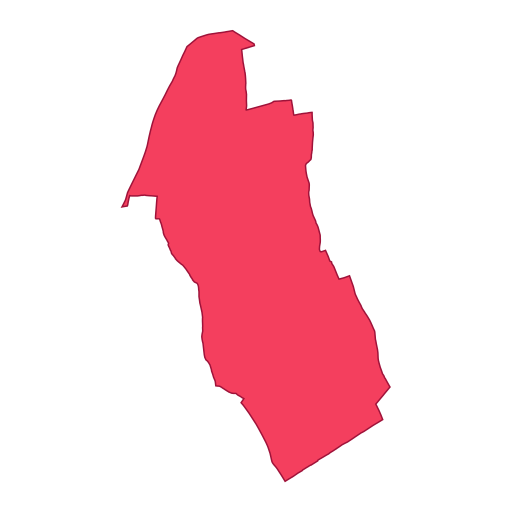 Bueng Kum, Bangkok Metropolis, Thailand (Robinson projection)
{"feature_id": "78962969B8359958585386", "entity_name": "Bueng Kum", "entity_type": "district", "adm_level": 2, "iso_a3": "THA", "parent_name": "Thailand", "parent_adm1": "Bangkok Metropolis", "projection": "robinson", "projection_center": [100.65, 13.809], "detail": "fine", "context": "isolated", "style": "filled", "palette": "rose", "viewbox_px": 512, "rotation_deg": 0, "n_neighbors": 0, "source": "geoboundaries", "source_scale": "gbopen_adm2", "svg_char_len": 6003}
<svg xmlns="http://www.w3.org/2000/svg" viewBox="0 0 512 512"><path d="M328.6,453.9L330.2,452.6L333.0,450.9L337.5,447.9L339.9,446.3L342.0,444.8L344.8,443.3L347.5,442.0L347.8,441.8L360.9,433.0L363.6,431.6L364.1,431.3L364.4,431.1L373.2,425.3L382.7,419.6L381.0,415.2L379.0,410.6L376.2,404.9L375.8,404.1L380.8,398.1L383.5,394.9L384.1,394.1L390.0,387.0L389.2,385.7L386.8,381.4L385.4,378.8L384.6,377.7L384.0,376.1L383.5,375.2L382.5,373.8L381.7,371.3L380.2,367.2L379.0,362.9L378.4,360.4L378.1,358.3L377.9,352.9L377.5,349.7L376.3,343.8L375.8,341.0L375.4,339.3L374.8,332.1L374.5,330.8L373.9,329.6L373.4,328.5L372.9,327.4L372.2,325.7L371.1,323.3L371.0,323.0L369.6,320.1L367.2,316.1L364.7,312.4L364.5,311.9L364.3,311.7L363.4,310.3L362.3,308.7L361.3,306.5L361.0,305.6L358.9,301.8L357.6,299.3L356.2,296.2L355.7,295.2L355.1,293.7L353.3,286.5L349.5,275.8L344.0,277.8L339.0,279.1L337.2,275.0L334.1,267.3L333.9,266.9L333.7,266.4L331.8,263.5L331.5,261.9L329.8,261.0L328.2,256.5L325.5,250.4L325.3,250.5L324.3,250.8L322.6,251.4L321.5,251.7L321.1,251.8L320.4,251.6L320.2,251.5L319.8,250.6L319.5,249.8L319.4,249.1L319.5,247.5L319.6,246.1L320.2,242.6L320.3,241.2L320.3,240.6L320.3,239.5L320.2,237.4L320.2,236.8L320.2,236.0L320.1,234.9L319.7,233.4L319.0,230.7L318.2,227.7L317.8,226.5L317.3,225.4L316.8,224.3L316.5,223.9L316.0,223.0L315.7,221.4L315.5,220.7L313.1,215.5L312.8,214.5L312.6,213.9L312.3,212.7L311.9,210.9L311.2,208.3L310.5,206.6L309.7,202.4L309.5,199.1L309.1,196.9L308.8,195.2L308.7,192.9L308.7,192.0L309.1,190.2L309.3,184.9L309.1,183.1L307.8,179.3L307.0,176.9L306.9,176.3L306.4,173.8L306.0,171.4L305.8,169.6L305.5,165.5L305.7,164.9L305.9,164.3L306.3,163.7L307.3,162.7L308.1,162.2L309.2,161.1L309.8,160.4L310.5,159.9L310.9,159.4L311.1,158.5L311.3,157.6L311.4,154.6L311.7,153.1L312.0,150.5L312.2,150.1L312.2,148.2L312.5,142.4L312.9,138.1L313.3,134.8L313.2,132.3L312.9,130.5L312.9,129.8L313.1,127.7L313.0,123.8L313.0,123.0L312.4,120.3L312.1,114.6L312.1,112.4L311.4,112.4L309.1,112.7L307.1,113.1L304.0,113.4L301.8,113.7L300.5,114.0L299.4,114.1L296.6,114.7L295.1,115.0L294.0,115.2L293.6,114.2L293.3,111.9L293.1,110.4L292.9,109.7L292.8,108.6L292.3,105.4L292.0,103.8L291.6,101.3L291.5,100.4L291.3,100.1L290.9,100.0L289.3,100.3L286.6,100.5L285.4,100.7L284.6,100.7L284.3,100.6L284.0,100.6L283.5,100.7L280.1,101.0L274.1,101.3L273.8,101.4L272.0,102.6L271.7,102.8L269.9,103.5L269.2,103.8L267.5,104.3L251.9,108.6L247.7,109.7L246.4,110.0L246.2,110.0L246.1,109.9L246.5,106.9L246.6,105.5L246.4,100.8L246.5,94.3L246.4,93.7L246.1,91.3L245.7,89.5L245.6,88.2L245.6,86.7L245.7,84.9L245.7,84.1L245.8,83.7L245.8,83.0L245.6,78.8L245.4,75.9L245.2,74.1L245.0,72.5L244.8,72.1L244.7,71.4L244.6,70.6L244.3,69.0L243.8,66.4L243.5,64.4L243.1,62.6L242.8,60.1L242.7,59.1L242.4,56.7L241.8,50.8L241.6,49.5L254.4,45.6L254.1,44.0L252.4,42.9L251.0,42.1L245.1,38.6L239.7,35.1L234.6,32.0L232.7,30.7L230.8,31.0L228.5,31.4L226.5,31.7L224.5,32.1L219.7,32.8L219.0,32.8L213.8,33.6L210.9,34.0L208.5,34.4L206.3,35.0L203.5,35.9L201.0,36.7L198.1,37.7L197.2,38.2L196.2,39.0L190.0,44.2L187.0,46.6L184.7,51.6L182.8,55.4L181.0,59.5L179.2,63.4L178.2,65.5L177.2,67.9L176.5,71.1L175.9,73.3L175.1,75.5L174.8,76.2L174.4,76.9L173.1,79.5L172.5,81.0L169.7,85.8L168.9,87.3L167.5,90.0L165.0,95.1L162.9,99.1L159.3,105.8L157.8,108.9L157.0,110.6L155.3,114.7L154.0,118.4L152.8,122.1L152.1,124.5L151.3,127.7L150.5,130.7L149.4,135.4L148.7,138.6L147.5,144.5L147.0,146.6L145.3,152.1L144.1,155.5L143.0,158.5L138.9,169.5L135.7,175.9L132.1,183.2L131.6,184.2L129.3,188.9L127.6,192.5L125.7,199.3L125.1,200.8L123.6,203.8L122.0,206.9L123.0,206.7L127.3,206.0L127.4,205.8L127.7,204.9L128.2,201.9L129.1,197.6L129.5,196.5L129.7,195.6L130.2,195.7L130.4,195.8L131.6,195.9L137.7,195.9L139.8,195.6L141.3,195.3L143.1,195.3L144.0,195.1L145.4,195.2L145.5,195.3L145.8,195.4L149.3,195.7L151.5,195.8L157.2,196.3L157.2,196.5L156.9,199.0L156.6,202.5L156.4,205.5L156.0,210.6L155.6,215.6L155.5,217.8L155.5,218.2L155.6,218.4L155.8,218.7L156.0,218.8L158.2,218.8L159.0,218.8L159.4,218.9L159.6,219.1L159.7,219.3L160.5,221.9L161.1,223.4L161.6,225.0L161.9,226.3L162.8,229.5L163.3,231.6L163.3,232.4L163.6,233.7L164.2,235.4L165.2,237.3L166.8,239.9L167.5,241.3L168.6,243.1L168.6,243.4L168.4,243.9L168.2,244.4L168.2,245.0L168.3,245.3L168.8,246.6L169.1,247.0L169.7,248.4L170.5,250.4L171.0,251.1L171.5,253.3L172.3,254.5L173.3,255.5L174.6,257.3L175.1,257.9L175.5,258.9L175.8,259.0L176.3,259.7L177.1,260.6L178.2,261.6L180.5,263.5L181.2,264.1L182.1,264.7L182.6,265.0L184.0,266.6L184.9,267.8L185.4,268.3L188.0,272.1L189.5,274.2L189.8,274.9L190.0,275.6L190.7,276.6L191.1,277.4L191.8,278.3L192.6,279.6L192.6,279.9L192.8,280.1L193.2,280.6L193.5,281.0L194.0,281.4L194.1,281.7L195.0,282.3L195.8,282.6L196.3,282.9L196.8,283.1L197.1,283.3L197.7,284.2L198.0,285.0L198.3,285.9L198.6,287.8L198.7,289.6L199.0,291.6L199.0,296.6L199.4,299.3L199.7,301.6L199.9,303.1L200.2,304.2L200.7,306.4L202.0,312.3L202.6,317.3L202.5,318.8L202.5,319.9L202.5,321.0L202.7,326.4L202.6,327.1L202.6,328.2L202.7,330.4L202.7,331.2L202.1,334.1L201.8,336.5L201.9,337.6L202.1,339.3L202.5,341.4L203.0,343.3L204.3,354.8L204.8,357.3L205.8,359.5L206.2,360.1L207.5,361.1L208.9,363.1L210.0,365.0L211.4,369.6L211.6,371.1L212.7,374.2L213.6,377.3L215.1,380.8L215.4,382.4L215.8,385.8L217.1,386.0L218.7,386.1L219.3,386.2L219.8,386.3L221.6,387.3L222.7,388.1L223.7,388.7L225.0,389.6L225.5,389.9L227.2,391.0L228.1,391.5L228.6,391.9L229.4,392.2L231.5,393.1L233.4,393.4L235.3,393.4L236.1,393.5L237.6,394.9L238.6,395.5L240.5,396.5L242.3,397.8L243.4,398.3L243.9,398.6L241.1,402.7L243.1,405.0L245.7,408.5L249.2,413.4L253.8,420.5L256.3,424.4L258.6,428.5L262.4,435.5L265.9,442.3L267.4,445.6L268.1,447.4L269.3,451.0L270.1,453.4L271.4,459.3L271.9,461.4L272.3,462.4L272.9,463.4L274.2,465.1L275.8,466.9L277.1,468.6L281.5,475.4L285.1,481.3L288.5,479.2L293.6,476.1L297.6,473.3L302.2,470.6L302.7,469.9L303.6,469.4L306.9,467.3L307.5,467.0L309.4,465.8L310.6,465.1L311.0,465.1L317.7,460.9L317.7,460.4L318.4,459.8L326.9,454.8L328.6,453.9Z" fill="#f43f5e" stroke="#9f1239" stroke-width="1.5"/></svg>